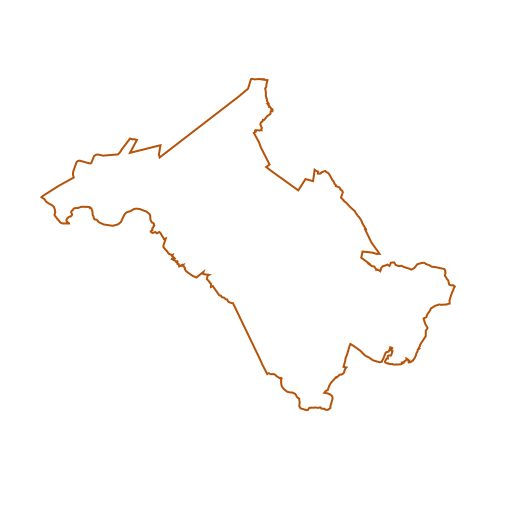 outline of Baia, Tulcea, Romania, rotated 151°
{"feature_id": "2599482B30958520247862", "entity_name": "Baia", "entity_type": "district", "adm_level": 2, "iso_a3": "ROU", "parent_name": "Romania", "parent_adm1": "Tulcea", "projection": "equal_earth", "projection_center": [28.628, 44.749], "detail": "fine", "context": "isolated", "style": "outline", "palette": "amber", "viewbox_px": 512, "rotation_deg": 151, "n_neighbors": 0, "source": "geoboundaries", "source_scale": "gbopen_adm2", "svg_char_len": 6090}
<svg xmlns="http://www.w3.org/2000/svg" viewBox="0 0 512 512"><g transform="rotate(151 256 256)"><path d="M174.7,413.1L181.8,406.2L193.6,403.9L292.5,388.9L291.6,392.0L285.8,399.2L316.2,407.3L303.9,415.2L306.0,417.3L307.5,417.9L309.2,419.8L320.8,414.7L325.0,412.5L327.5,411.8L341.1,417.9L344.8,421.2L346.5,422.1L349.2,421.9L355.0,417.2L356.4,417.4L364.0,424.9L365.2,425.3L366.5,425.4L367.7,424.9L375.1,418.3L376.6,416.0L377.4,413.0L394.6,413.0L412.9,411.9L415.1,411.5L414.6,410.2L413.4,408.4L413.3,405.4L411.7,402.2L409.9,399.6L409.0,397.2L409.2,395.2L410.4,391.4L412.2,389.9L412.4,389.0L411.7,384.3L411.1,382.2L411.1,380.9L410.3,379.2L409.0,378.0L403.8,375.1L403.7,375.3L404.8,378.0L404.8,378.6L404.4,379.3L403.3,380.2L401.3,380.8L400.1,380.9L399.1,380.4L397.5,380.7L396.6,381.7L396.5,383.9L395.3,384.9L393.8,385.0L392.8,385.7L391.5,385.8L388.4,384.3L384.9,383.7L379.6,380.7L378.8,379.9L378.0,379.6L378.0,378.5L377.3,378.5L377.0,377.5L377.3,375.1L377.5,374.1L378.9,371.3L379.0,369.2L379.5,367.6L379.5,366.2L378.2,365.5L377.3,363.6L377.3,362.1L373.9,357.4L366.7,351.9L362.0,350.7L360.3,350.7L357.7,351.2L351.1,356.0L349.1,356.7L347.6,356.8L343.8,356.1L340.0,356.2L338.0,355.6L336.0,354.3L334.7,353.2L330.3,348.0L328.7,344.1L329.2,341.9L330.0,340.7L330.9,338.0L330.7,335.5L330.0,334.8L329.7,333.3L330.3,332.6L330.2,332.0L330.5,331.7L330.9,331.9L332.3,330.7L333.2,330.5L333.9,329.7L334.0,328.9L336.1,328.6L336.2,327.8L335.3,326.3L332.3,325.7L331.7,323.9L328.9,323.9L328.4,322.3L328.3,315.4L326.4,315.1L331.7,310.2L332.7,308.6L331.8,304.1L331.4,303.1L331.3,300.4L329.5,298.1L329.5,297.4L328.3,297.4L329.3,296.4L328.9,295.4L329.0,294.1L328.4,293.9L328.3,293.3L329.9,293.7L330.6,294.4L331.1,294.1L330.0,292.8L330.0,292.2L329.4,291.7L328.5,290.3L328.5,289.7L327.4,289.6L327.4,289.3L328.6,289.1L327.8,287.0L328.3,286.9L327.7,285.9L328.2,284.1L324.6,284.1L324.5,283.8L325.7,283.7L325.6,283.3L323.9,283.3L324.3,283.0L324.3,282.2L323.9,279.9L324.6,279.4L324.5,276.5L321.1,269.4L318.6,266.1L309.6,267.6L311.0,266.3L310.7,265.6L306.3,262.3L307.9,262.3L310.1,259.6L309.2,255.6L309.4,255.1L308.8,253.8L310.4,250.8L308.4,250.7L307.2,239.4L306.1,238.4L305.8,237.8L305.9,236.6L304.1,235.0L303.8,233.9L303.0,232.3L302.3,231.9L302.4,229.7L302.2,229.0L299.8,226.3L299.0,225.9L302.7,161.8L303.1,158.4L303.4,147.3L302.6,147.5L301.4,147.1L300.6,145.7L299.5,144.9L298.2,144.5L296.8,142.9L296.3,140.9L295.1,138.9L294.7,137.7L294.2,137.3L293.2,137.2L292.9,136.6L293.9,135.8L295.4,133.1L296.5,130.3L296.5,128.2L296.2,126.1L294.6,122.3L292.7,120.4L290.1,118.7L288.7,116.6L288.4,115.6L288.5,112.5L287.4,110.3L288.8,106.8L291.0,103.6L290.9,101.2L286.5,96.6L285.3,96.2L283.1,97.3L282.5,97.2L281.9,96.7L281.3,96.7L279.3,95.4L277.6,94.8L275.1,92.9L273.2,92.5L272.7,90.8L270.3,89.2L270.4,88.8L269.1,87.3L267.4,86.6L264.4,87.1L264.0,88.3L258.4,93.9L257.7,95.1L257.5,95.9L257.5,97.2L258.3,98.9L259.9,101.1L262.6,103.2L260.4,104.1L258.2,104.0L254.7,107.1L251.8,108.8L244.4,111.3L244.2,111.1L244.5,110.8L244.3,110.6L240.4,111.6L238.5,110.8L236.7,110.9L235.0,111.7L234.6,112.5L232.8,114.0L231.0,114.7L233.2,116.6L228.3,121.6L227.7,122.7L223.9,125.9L218.5,131.3L216.1,133.3L214.4,130.4L210.6,122.3L208.9,116.1L206.1,112.0L205.9,111.3L204.2,108.0L199.7,103.4L198.6,102.8L197.0,102.6L196.6,103.2L195.0,104.0L190.0,108.2L189.0,108.7L186.4,108.1L183.9,109.8L182.8,111.1L181.7,109.9L181.5,109.3L183.6,107.9L182.7,106.7L185.7,103.8L186.5,103.5L187.8,104.6L189.3,104.6L190.4,102.4L191.2,102.9L192.1,102.6L194.3,101.3L194.6,100.1L193.2,98.4L192.6,98.2L192.5,97.7L190.9,96.3L189.2,95.5L188.7,94.6L183.5,91.8L181.2,90.9L180.5,91.2L180.2,91.9L179.5,91.1L179.1,91.1L179.3,91.5L178.2,92.0L177.3,91.7L176.2,92.1L175.3,92.0L174.4,92.6L174.1,93.4L173.9,93.1L174.1,92.6L173.3,91.8L173.5,90.6L172.7,90.2L173.4,89.4L173.8,89.4L174.0,88.9L172.2,88.2L169.2,88.8L169.1,88.6L166.1,90.2L163.3,92.5L163.0,93.1L160.9,94.3L160.1,95.5L158.0,95.9L158.4,96.5L156.0,98.0L155.4,98.9L146.4,103.6L143.6,108.5L141.4,109.4L140.8,110.1L140.9,114.8L139.7,120.1L136.7,119.9L134.3,122.0L130.7,123.7L129.4,124.4L128.7,125.3L123.5,125.6L119.3,124.8L118.0,123.7L112.6,121.1L111.2,121.0L109.7,120.5L108.3,123.3L104.6,126.9L102.0,129.2L99.9,130.6L99.1,131.6L96.9,132.9L97.0,133.4L97.6,133.9L97.7,134.8L99.6,135.8L100.9,137.4L99.7,141.4L100.3,144.0L100.1,145.0L100.4,147.0L99.9,148.0L98.5,149.1L98.4,150.0L97.7,150.9L97.8,151.5L97.4,152.6L97.7,153.4L104.1,159.0L107.6,161.5L108.7,163.7L111.1,166.4L112.0,168.3L113.9,169.4L118.8,170.6L123.4,168.7L126.8,168.8L127.7,170.2L131.9,174.6L133.5,176.9L135.9,177.8L138.2,180.5L138.3,183.3L139.0,183.6L139.2,184.0L141.4,184.7L142.9,183.3L144.2,182.7L145.2,184.8L147.8,185.0L149.8,185.6L152.0,185.0L154.7,182.5L155.3,183.9L157.3,185.5L156.8,185.7L157.4,186.3L157.7,189.5L159.7,191.2L160.6,193.1L160.3,192.9L160.6,194.4L164.8,203.5L160.7,208.2L153.0,202.9L149.3,199.2L146.9,198.0L148.5,211.8L147.7,226.2L146.9,225.9L146.8,226.6L147.0,227.6L147.1,233.6L146.7,235.5L147.0,240.3L147.4,241.1L147.8,244.8L147.8,247.3L149.9,253.1L151.3,259.1L152.4,261.2L152.2,262.1L152.6,262.8L152.7,263.7L153.4,265.8L149.1,269.7L149.0,271.4L150.0,273.3L149.5,274.1L150.2,276.1L152.3,278.5L151.8,279.3L152.3,281.1L151.9,283.9L152.4,285.0L152.3,290.8L152.6,293.4L153.8,295.4L154.1,296.6L154.8,297.0L158.6,297.4L159.1,296.8L160.4,297.1L161.9,298.1L160.8,299.6L162.1,301.3L162.9,303.0L169.8,293.8L175.4,299.3L187.2,292.9L201.0,322.1L204.0,328.9L199.8,329.4L199.1,348.6L198.2,354.1L198.2,364.7L196.3,364.8L196.0,366.2L195.2,366.1L194.9,365.4L194.3,365.6L191.8,363.9L191.1,363.9L190.2,363.3L189.9,364.3L188.8,365.1L188.5,368.8L187.0,370.4L185.0,370.6L184.0,371.7L182.8,371.1L178.3,372.9L174.9,373.2L174.2,373.5L173.4,375.0L172.0,375.7L171.4,374.8L170.8,375.5L170.6,376.5L171.4,377.5L171.2,377.8L171.5,379.8L172.1,380.1L171.6,380.5L172.1,381.7L171.8,382.5L172.0,383.0L171.8,382.9L171.9,383.4L171.1,383.4L171.3,385.9L170.4,388.0L170.3,389.3L169.3,392.2L168.4,393.4L166.7,398.2L165.9,398.4L164.7,399.4L163.4,401.4L160.7,404.2L164.2,406.8L162.5,406.7L163.7,407.0L167.7,409.4L171.5,411.1L173.7,412.9L174.7,413.1Z" fill="none" stroke="#b45309" stroke-width="2"/></g></svg>